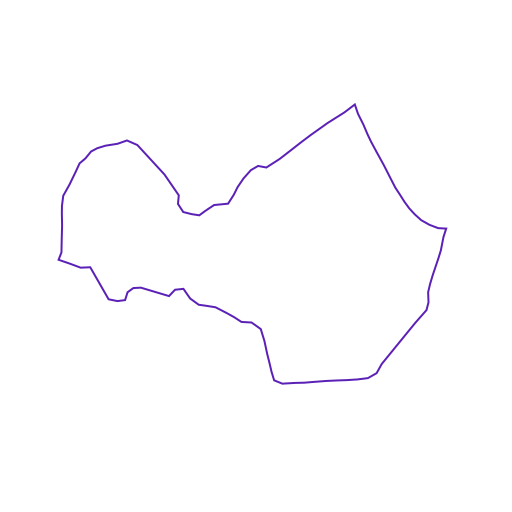 outline of Balneário Piçarras, Santa Catarina, Brazil, rotated 343°
{"feature_id": "56859067B52127181831063", "entity_name": "Balneário Piçarras", "entity_type": "district", "adm_level": 2, "iso_a3": "BRA", "parent_name": "Brazil", "parent_adm1": "Santa Catarina", "projection": "orthographic", "projection_center": [-48.738, -26.761], "detail": "fine", "context": "isolated", "style": "outline", "palette": "violet", "viewbox_px": 512, "rotation_deg": 343, "n_neighbors": 0, "source": "geoboundaries", "source_scale": "gbopen_adm2", "svg_char_len": 1403}
<svg xmlns="http://www.w3.org/2000/svg" viewBox="0 0 512 512"><g transform="rotate(343 256 256)"><path d="M107.7,123.3L98.5,133.2L89.3,142.0L85.1,151.3L82.7,158.8L79.5,170.1L75.2,182.9L71.0,195.7L66.1,201.9L75.9,209.0L84.9,215.9L94.2,218.3L102.4,254.3L110.3,258.6L117.9,259.9L122.6,253.1L129.3,250.8L136.6,252.6L161.1,268.9L168.7,264.6L177.0,266.2L180.6,277.4L187.0,285.9L193.5,288.9L202.3,293.2L211.3,302.0L217.1,308.0L222.8,314.8L232.3,318.3L239.2,327.3L239.2,339.8L238.1,352.6L237.6,362.4L237.0,371.4L237.0,380.2L243.9,385.8L256.3,388.8L265.2,391.3L273.1,393.0L286.5,396.0L298.2,399.0L306.4,401.2L316.9,403.7L327.3,405.5L337.1,403.3L344.7,396.0L388.6,366.6L403.2,357.6L407.4,350.8L410.0,341.0L414.2,333.8L419.4,326.0L424.9,318.3L429.5,311.9L434.4,304.7L440.8,292.7L445.9,285.4L438.3,282.6L431.0,276.9L424.5,270.1L419.9,262.4L416.5,255.3L413.8,247.5L411.6,239.5L409.2,231.3L407.3,220.7L404.8,206.5L401.6,191.2L399.4,180.1L398.2,171.9L397.1,161.6L395.1,149.8L394.8,140.0L382.6,144.5L371.2,147.6L363.2,149.8L343.4,156.4L333.0,160.2L318.9,165.6L307.0,170.1L291.8,174.4L284.3,170.5L276.2,172.4L266.7,178.2L258.6,184.7L252.6,191.0L244.6,197.8L230.8,195.0L220.8,198.0L213.7,200.5L206.8,197.2L199.3,192.7L196.6,183.4L199.9,175.4L192.3,151.3L175.0,115.2L166.4,107.8L156.4,108.2L144.3,106.5L135.8,106.5L128.9,107.8L121.4,112.8L114.4,115.8L107.7,123.3Z" fill="none" stroke="#5b21b6" stroke-width="2"/></g></svg>